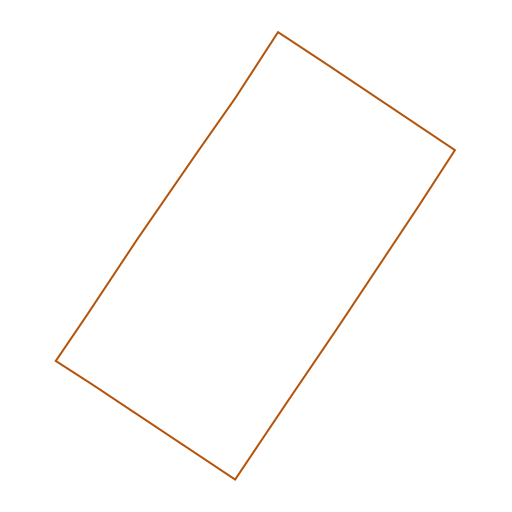 Madison, Indiana, United States of America, rotated 34°
{"feature_id": "52423323B58463345388651", "entity_name": "Madison", "entity_type": "district", "adm_level": 2, "iso_a3": "USA", "parent_name": "United States of America", "parent_adm1": "Indiana", "projection": "robinson", "projection_center": [-85.696, 40.162], "detail": "fine", "context": "isolated", "style": "outline", "palette": "amber", "viewbox_px": 512, "rotation_deg": 34, "n_neighbors": 0, "source": "geoboundaries", "source_scale": "gbopen_adm2", "svg_char_len": 377}
<svg xmlns="http://www.w3.org/2000/svg" viewBox="0 0 512 512"><g transform="rotate(34 256 256)"><path d="M361.7,57.0L206.1,57.5L149.1,58.1L150.5,137.3L149.3,203.5L148.2,308.4L148.9,401.1L148.7,455.0L191.3,454.1L363.7,453.0L363.6,412.3L363.5,359.5L363.6,332.8L363.7,302.8L363.8,273.4L363.8,266.7L362.9,123.7L361.7,57.0Z" fill="none" stroke="#b45309" stroke-width="2"/></g></svg>